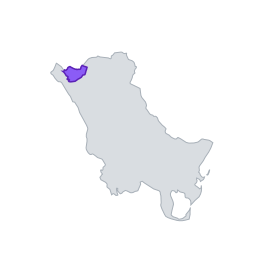 Dostluk, Chardzhou, Turkmenistan (highlighted), rotated 204°
{"feature_id": "10190150B13703090222147", "entity_name": "Dostluk", "entity_type": "district", "adm_level": 2, "iso_a3": "TKM", "parent_name": "Turkmenistan", "parent_adm1": "Chardzhou", "projection": "albers", "projection_center": [65.017, 37.433], "detail": "fine", "context": "in_parent", "style": "filled", "palette": "violet", "viewbox_px": 256, "rotation_deg": 204, "n_neighbors": 0, "source": "geoboundaries", "source_scale": "gbopen_adm2", "svg_char_len": 4728}
<svg xmlns="http://www.w3.org/2000/svg" viewBox="0 0 256 256"><g transform="rotate(204 128 128)"><path d="M79.8,82.8L90.2,84.4L93.3,85.1L94.8,83.7L94.8,83.3L94.3,82.9L93.6,81.8L93.5,74.7L94.5,73.8L95.6,73.1L97.3,71.0L98.2,70.4L99.4,69.9L103.4,70.1L105.1,69.8L106.7,67.4L107.1,65.9L108.2,64.8L108.8,64.9L111.4,66.1L112.0,66.6L112.8,68.6L113.8,68.5L113.9,68.2L113.9,67.8L113.2,66.6L111.6,64.4L110.1,62.9L110.0,62.5L111.5,61.5L114.2,62.2L115.0,61.9L115.8,60.3L119.3,64.3L120.0,64.7L122.9,65.4L123.4,65.9L124.2,68.2L125.2,68.8L126.5,69.3L131.7,69.7L133.3,71.2L133.6,71.6L133.2,72.6L133.0,74.6L132.5,75.4L132.8,75.7L134.6,76.6L135.7,78.0L135.8,78.5L135.4,78.9L134.5,78.6L134.1,79.2L134.0,80.2L134.6,81.2L134.7,82.1L133.7,84.1L133.7,85.0L133.9,85.5L138.6,88.8L139.4,89.0L144.1,88.6L144.9,89.0L149.0,89.9L150.1,89.8L150.9,88.8L151.7,88.5L152.4,88.5L154.3,89.2L156.3,90.6L157.6,91.8L158.3,93.0L160.0,99.1L161.1,101.6L162.5,103.0L163.5,105.4L164.3,110.6L164.8,111.6L167.0,113.7L178.4,122.4L181.8,126.3L187.2,129.9L189.2,129.5L193.4,133.4L196.2,134.9L199.7,137.3L207.1,142.5L208.6,142.7L210.4,142.0L212.0,142.4L214.8,143.7L217.8,145.7L220.4,146.3L221.1,147.2L221.1,147.7L219.7,150.3L219.6,153.6L219.8,158.0L219.1,158.0L214.0,156.9L209.2,154.2L208.1,155.1L207.5,156.0L206.4,159.8L199.9,160.1L196.0,161.9L192.5,174.3L191.7,175.8L189.5,177.8L185.8,179.7L185.2,180.5L185.0,181.3L184.6,181.5L182.5,181.5L174.5,184.0L172.7,184.0L172.0,184.2L171.7,184.7L172.5,187.1L171.8,187.8L171.3,189.1L170.8,191.2L165.5,194.4L164.4,194.8L162.3,194.4L161.2,194.7L160.0,195.7L159.5,195.4L159.3,194.3L158.7,193.6L155.5,190.8L151.7,191.1L150.3,190.8L149.2,190.4L147.6,188.7L146.5,187.2L145.3,187.4L145.0,186.7L145.0,185.8L145.4,184.9L145.4,183.0L144.8,181.7L144.0,181.1L145.0,178.9L145.0,177.3L144.6,175.6L144.5,173.1L144.7,170.6L144.0,169.4L133.1,169.0L129.5,163.1L128.0,161.6L122.7,158.9L121.3,157.5L120.2,156.0L120.0,154.1L119.4,152.9L118.6,152.7L114.5,150.1L112.9,149.4L110.6,149.8L109.2,149.1L107.6,149.9L106.9,149.9L105.2,149.2L103.2,147.0L101.5,146.1L97.9,144.5L95.3,143.8L93.1,142.9L92.9,142.6L92.9,140.8L92.7,140.1L92.1,139.2L91.2,138.5L87.3,138.2L85.5,137.4L84.1,137.1L80.9,137.0L79.9,137.4L79.3,137.8L78.7,139.5L78.4,139.7L75.3,139.5L68.9,138.5L66.1,139.0L61.6,141.2L59.0,143.1L58.1,144.0L56.3,147.7L55.6,148.2L54.7,148.5L53.9,148.5L49.8,149.6L48.3,149.8L44.5,149.1L44.2,143.3L44.5,138.8L45.6,132.6L45.9,128.6L47.2,122.6L47.2,121.1L45.5,118.2L45.5,116.3L44.3,116.0L42.6,114.3L40.8,113.4L39.9,113.3L39.0,113.6L38.2,114.4L38.0,113.0L38.2,111.5L40.1,108.6L40.9,109.6L42.0,110.1L44.9,110.3L44.7,109.2L43.4,107.9L43.2,106.5L43.5,105.1L44.1,103.8L43.7,103.2L43.1,102.8L41.5,102.6L37.6,101.6L36.9,103.1L37.7,105.4L36.2,102.7L35.3,100.1L34.9,97.1L35.1,94.0L37.3,89.2L39.3,83.3L40.5,86.0L41.5,87.3L43.9,88.4L45.1,88.3L46.5,87.8L47.7,88.2L49.3,91.1L50.7,91.5L53.7,90.9L55.1,90.8L56.3,91.4L57.5,91.5L57.1,90.2L57.0,89.0L57.8,88.4L60.0,89.4L61.9,88.9L62.3,88.6L62.6,87.6L62.6,85.5L62.2,84.5L61.3,83.2L57.6,79.8L56.4,78.4L55.4,76.8L54.3,70.5L53.4,66.5L52.9,65.9L50.6,65.3L46.1,65.7L44.5,65.3L43.8,65.7L41.8,67.1L40.8,68.3L39.2,71.4L39.9,72.5L38.5,77.8L38.6,80.2L38.5,80.3L37.5,77.3L36.1,74.2L35.1,69.6L38.2,67.1L40.7,65.4L43.3,64.2L45.9,63.5L51.7,62.6L54.9,62.4L57.4,62.6L59.3,63.8L64.1,67.9L66.2,70.1L66.8,71.0L67.2,73.0L70.4,79.5L71.3,80.5L72.6,82.6L74.0,83.3L79.8,82.8ZM36.6,122.4L36.4,123.2L35.9,120.6L35.9,117.9L36.5,117.2L37.0,117.3L36.4,118.2L36.6,122.4Z" fill="#d9dde1" stroke="#a8b0b8" stroke-width="1"/><path d="M199.0,146.9L198.2,147.4L197.0,148.1L196.2,148.7L195.9,148.8L195.3,149.2L195.1,149.6L194.5,150.5L194.3,150.9L193.9,151.6L193.5,152.3L193.0,153.0L192.6,153.3L192.5,153.6L192.1,154.1L191.8,154.6L191.3,155.3L191.1,156.1L191.0,157.0L190.8,158.0L190.0,158.5L189.7,158.7L189.1,159.3L189.2,160.3L189.3,161.3L189.6,162.9L189.7,164.1L189.8,165.3L190.1,166.3L190.1,166.8L191.7,166.8L191.9,166.6L192.6,166.6L193.5,166.5L194.1,166.5L194.3,166.5L195.3,166.6L195.5,165.9L195.6,165.4L195.7,164.6L195.6,163.9L195.4,163.3L195.4,162.6L195.7,162.1L196.3,161.8L197.1,161.5L197.9,161.0L198.5,160.6L199.1,160.7L199.9,160.3L200.6,160.2L203.0,160.2L203.9,160.3L204.6,160.3L205.1,160.4L206.0,160.5L206.4,160.1L206.7,159.9L207.2,159.2L207.5,158.6L207.4,157.2L207.9,156.2L208.2,155.3L208.7,155.3L209.5,155.3L209.6,154.2L209.8,153.8L210.1,153.3L210.4,153.2L210.0,153.1L209.6,153.0L208.7,152.6L207.8,152.1L207.0,151.6L206.9,151.5L206.2,151.0L205.4,150.5L205.0,150.6L204.5,150.6L204.0,150.6L203.8,150.5L203.7,150.4L203.5,150.1L203.5,149.7L203.5,148.9L203.5,147.9L203.0,147.8L202.4,148.2L202.1,148.5L201.5,148.2L201.4,148.1L201.1,148.0L201.3,147.4L201.6,146.9L201.2,146.6L200.7,146.4L199.9,146.6L199.0,146.9Z" fill="#8b5cf6" stroke="#5b21b6" stroke-width="1.5"/></g></svg>